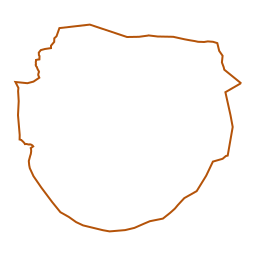 the district of Makurdi, Benue, Nigeria
{"feature_id": "59680162B75733324884372", "entity_name": "Makurdi", "entity_type": "district", "adm_level": 2, "iso_a3": "NGA", "parent_name": "Nigeria", "parent_adm1": "Benue", "projection": "mercator", "projection_center": [8.495, 7.701], "detail": "fine", "context": "isolated", "style": "outline", "palette": "amber", "viewbox_px": 256, "rotation_deg": 0, "n_neighbors": 0, "source": "geoboundaries", "source_scale": "gbopen_adm2", "svg_char_len": 1424}
<svg xmlns="http://www.w3.org/2000/svg" viewBox="0 0 256 256"><path d="M36.0,60.0L36.0,60.3L36.0,61.0L35.9,61.6L35.8,61.8L35.8,62.6L35.9,63.6L36.0,64.2L35.7,64.7L35.8,65.4L36.3,66.5L36.8,66.9L37.2,68.1L37.9,69.8L38.4,70.4L39.0,71.9L38.7,72.6L38.5,73.3L38.3,74.0L38.2,75.0L39.3,77.7L33.5,81.6L27.4,83.2L15.4,82.0L18.4,87.9L18.1,91.2L18.7,101.2L18.0,115.2L19.7,135.0L19.6,139.5L20.4,139.7L21.1,140.0L21.3,140.0L21.7,140.4L23.1,141.7L23.3,141.9L24.0,142.7L24.7,143.5L24.9,144.1L26.5,144.0L27.4,144.2L29.1,144.6L29.9,144.3L31.5,144.8L32.6,145.6L33.2,146.4L30.8,148.1L31.0,148.4L31.2,151.1L30.8,154.0L30.2,155.8L28.8,161.0L29.2,165.2L29.8,168.2L33.5,176.2L41.2,187.4L52.2,202.1L60.4,212.2L68.9,217.0L76.1,222.1L83.1,225.4L102.9,230.2L109.6,231.4L125.1,230.1L134.4,227.9L144.2,223.6L149.9,221.2L162.9,218.6L170.2,212.8L174.9,208.6L177.9,205.0L184.3,198.1L196.7,191.1L206.2,175.7L212.9,161.6L222.6,158.8L225.9,156.0L227.7,155.6L232.7,127.0L230.5,115.2L225.4,92.2L240.3,83.6L240.6,82.9L224.3,69.7L223.7,67.2L221.9,62.4L222.6,55.8L219.2,50.9L217.3,43.1L213.0,41.8L207.8,41.4L204.1,42.0L201.7,41.9L198.1,41.8L194.9,41.1L190.0,40.3L184.6,39.3L173.2,36.8L162.7,36.6L157.6,36.5L148.4,35.4L147.9,35.6L139.0,36.8L127.0,37.0L89.8,24.6L59.4,28.1L56.5,36.3L54.3,38.3L54.2,41.9L51.0,45.7L51.0,48.1L44.9,49.0L40.8,50.1L38.8,52.6L38.9,55.1L39.5,56.0L39.4,59.4L39.0,59.5L38.1,59.5L36.0,60.0Z" fill="none" stroke="#b45309" stroke-width="2"/></svg>